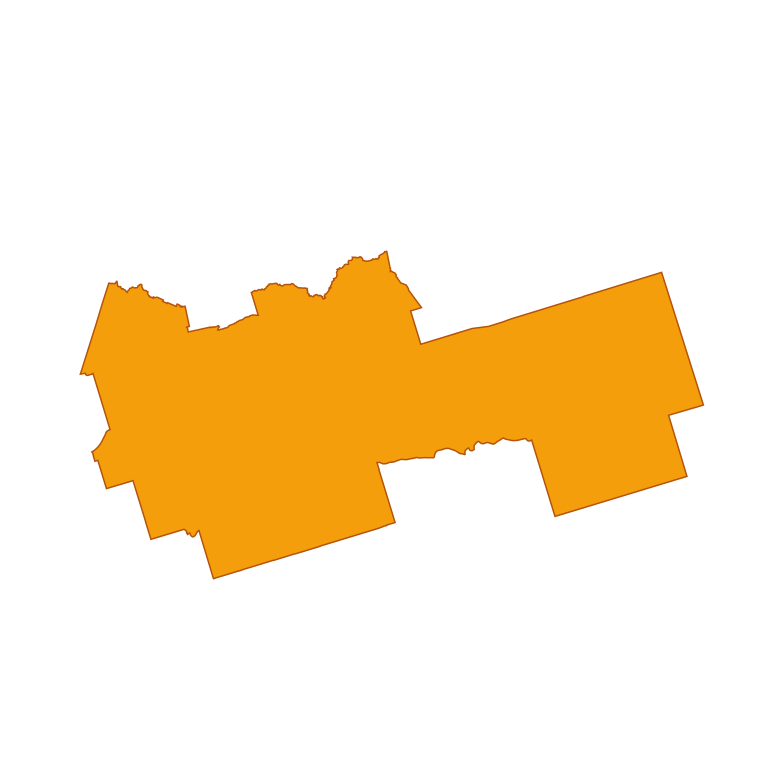 Mid Murray, South Australia, Australia, rotated 73°
{"feature_id": "25037944B98973302778113", "entity_name": "Mid Murray", "entity_type": "district", "adm_level": 2, "iso_a3": "AUS", "parent_name": "Australia", "parent_adm1": "South Australia", "projection": "albers", "projection_center": [139.499, -34.416], "detail": "fine", "context": "isolated", "style": "filled", "palette": "amber", "viewbox_px": 768, "rotation_deg": 73, "n_neighbors": 0, "source": "geoboundaries", "source_scale": "gbopen_adm2", "svg_char_len": 6132}
<svg xmlns="http://www.w3.org/2000/svg" viewBox="0 0 768 768"><g transform="rotate(73 384 384)"><path d="M207.1,617.7L224.6,629.8L242.7,641.9L285.8,671.5L286.4,666.6L288.0,666.4L288.9,665.7L289.1,664.8L289.2,660.8L288.8,659.2L347.6,659.3L347.6,660.7L347.9,662.0L348.9,663.9L350.9,665.3L357.2,671.4L359.0,673.6L360.8,676.2L362.7,680.0L363.6,683.3L364.4,682.9L367.3,682.7L367.5,683.0L373.4,683.0L373.4,680.0L402.9,680.0L402.9,668.4L403.0,665.1L403.0,652.3L444.1,652.2L446.8,652.3L464.4,652.3L464.5,617.8L466.0,616.4L468.4,615.8L468.4,616.1L469.0,616.3L470.0,615.6L470.2,615.8L470.4,615.8L469.7,613.3L471.6,613.2L472.5,613.0L473.9,612.1L474.3,611.6L474.3,610.8L473.9,609.4L473.3,608.4L470.7,605.7L470.0,603.8L520.3,604.0L520.4,602.4L520.2,601.5L520.3,581.7L520.2,581.2L520.3,580.3L520.2,578.3L520.4,577.5L520.4,574.8L520.3,574.5L520.3,573.4L520.2,573.1L520.2,542.1L520.4,540.7L520.3,519.0L520.5,518.7L520.5,492.5L520.3,492.5L520.4,430.3L520.2,429.7L520.2,426.8L519.8,425.8L520.2,423.2L519.9,422.5L519.5,422.3L519.7,421.7L519.7,413.9L465.3,413.9L464.4,413.7L457.3,413.7L457.0,413.6L457.3,412.9L457.7,411.0L460.0,408.4L460.8,405.4L460.6,401.5L461.4,397.6L461.0,390.5L461.3,389.1L462.9,384.7L463.3,380.1L463.7,377.0L463.7,374.6L465.1,371.7L466.4,366.2L467.4,363.6L467.9,361.4L468.8,359.1L468.9,358.4L468.8,357.7L468.4,357.2L465.8,355.8L464.9,355.0L463.9,353.6L463.6,352.9L463.4,351.0L463.8,348.0L463.6,344.7L464.0,342.3L464.8,340.4L465.8,339.2L468.4,335.5L472.5,331.9L473.0,331.1L473.6,329.6L475.1,327.4L475.0,327.0L473.2,326.7L472.2,326.3L471.6,325.9L471.1,325.3L470.5,324.2L469.9,321.8L472.3,321.3L473.3,320.2L473.5,318.8L473.0,316.9L470.4,316.3L468.9,315.5L467.2,312.9L466.4,310.8L466.5,310.5L467.1,309.9L468.7,308.9L469.7,307.8L470.2,306.2L470.0,303.6L470.1,302.5L470.9,300.8L472.8,298.3L473.4,297.1L473.4,295.7L473.1,294.6L472.0,292.0L471.4,289.0L470.7,286.9L470.5,285.6L472.0,284.2L472.5,283.5L475.6,277.8L476.4,275.3L477.0,272.2L477.2,267.3L477.5,264.8L478.2,264.2L480.1,263.3L480.7,262.4L481.1,261.4L480.8,259.2L560.6,259.2L560.9,121.3L497.1,121.0L497.5,84.7L358.4,85.9L358.6,167.5L358.8,167.8L358.9,243.1L359.4,252.9L359.5,267.1L356.7,283.5L356.7,337.2L321.9,337.2L321.9,325.8L302.2,332.8L301.9,333.1L299.8,332.8L295.9,333.8L292.6,337.9L292.5,338.3L292.2,338.4L287.2,340.2L286.7,340.0L285.4,340.8L284.6,341.0L283.3,340.4L281.1,341.1L279.3,343.2L278.2,343.7L278.3,345.1L275.4,344.0L275.2,344.3L257.9,342.6L257.8,342.8L258.3,343.6L257.6,344.7L258.9,346.1L259.4,349.3L260.1,351.4L261.5,351.5L261.6,352.3L262.7,353.2L262.3,354.7L261.7,355.0L262.0,356.3L261.7,357.5L261.1,358.1L261.6,359.2L262.0,359.3L261.7,363.6L260.9,366.4L260.3,366.8L259.5,368.1L257.9,368.0L257.4,368.2L256.2,368.6L256.0,369.0L255.3,369.6L255.6,371.3L255.3,373.3L254.8,373.6L254.5,374.0L254.5,374.6L253.9,375.9L254.0,376.3L253.5,377.2L254.7,377.4L255.5,377.9L256.1,378.7L256.2,379.5L255.6,381.4L256.2,382.1L257.1,382.7L258.5,382.7L259.1,383.0L259.1,383.8L258.6,384.7L258.3,385.9L258.5,387.0L258.8,387.4L259.8,388.2L259.8,388.7L260.1,388.7L261.0,391.0L260.8,391.6L260.0,392.4L260.0,392.7L261.1,393.3L260.9,394.0L260.6,394.3L260.6,394.9L260.9,395.5L261.6,395.2L262.6,395.6L263.1,396.6L264.3,396.9L266.3,397.0L266.6,397.5L267.4,397.8L268.5,399.1L268.5,400.3L268.8,400.5L268.6,401.4L270.3,401.5L270.7,403.1L271.3,404.1L272.4,404.3L273.5,404.9L274.0,405.8L274.8,406.6L275.5,407.0L276.2,406.5L276.7,407.0L276.6,407.4L276.1,407.9L276.1,408.4L276.5,408.6L277.6,408.5L278.0,409.0L278.0,409.3L278.8,409.8L280.8,412.7L280.9,414.1L281.7,414.5L281.8,415.0L282.8,415.6L283.3,415.6L284.0,414.6L284.3,414.6L284.5,414.9L285.0,417.1L284.4,417.6L284.1,417.5L283.3,417.6L282.5,417.5L282.4,417.9L282.2,418.2L281.1,418.4L280.8,418.7L280.9,419.5L280.5,419.6L280.3,419.9L280.3,420.7L280.2,421.4L279.5,421.6L278.8,422.1L278.6,422.8L279.0,423.5L278.8,424.8L279.1,425.2L279.9,425.7L279.5,427.0L279.2,427.4L278.8,427.5L278.2,428.2L278.3,429.5L277.4,429.9L277.0,429.4L276.3,429.3L274.7,430.5L274.0,430.5L273.6,430.0L272.6,429.9L272.0,430.1L270.2,429.5L269.5,431.0L269.2,431.2L268.4,434.1L267.6,435.7L267.4,436.8L266.8,438.1L265.0,439.3L264.7,439.9L262.9,441.1L262.1,441.3L261.0,442.7L261.7,444.6L261.4,444.7L260.1,449.1L260.0,450.6L260.4,451.6L260.5,452.4L259.8,453.9L258.8,454.5L258.2,454.5L258.2,454.8L258.7,455.9L257.6,456.9L256.6,456.9L256.1,458.0L255.7,460.5L255.6,461.9L255.1,463.0L254.9,464.6L255.7,465.0L255.6,466.0L256.6,466.8L256.7,467.8L257.7,468.7L258.1,469.4L258.2,470.3L258.9,470.9L257.5,473.1L257.6,473.5L258.1,473.6L258.1,474.4L257.1,476.0L257.7,479.0L257.6,479.5L257.0,479.9L256.8,480.3L257.4,482.9L257.7,483.1L257.7,484.1L281.5,484.2L279.5,489.8L279.6,490.8L279.6,492.5L280.2,493.6L279.9,494.6L280.0,496.1L279.7,497.0L281.1,500.4L281.0,503.7L281.6,505.8L281.6,506.7L282.1,507.3L282.4,508.2L282.2,508.9L282.7,510.7L282.7,513.3L283.0,515.3L283.9,516.5L284.3,518.2L284.0,519.5L284.2,522.3L283.9,524.5L284.2,526.2L283.6,527.2L282.9,526.3L282.2,526.1L281.2,524.8L280.5,525.0L280.5,525.4L279.8,525.4L279.8,526.1L280.1,526.9L280.1,528.9L279.7,529.7L279.8,530.7L279.4,531.0L279.5,532.5L279.2,532.8L279.2,533.6L278.8,533.6L277.0,556.0L273.3,555.6L272.8,555.8L271.5,556.6L271.8,556.3L272.1,553.3L251.5,551.5L251.2,555.0L250.6,554.5L250.3,556.2L249.3,556.0L247.1,558.4L249.0,560.1L243.0,567.1L243.6,567.7L240.3,571.5L239.2,570.5L234.9,575.3L234.5,576.3L234.6,576.8L234.4,577.9L233.5,578.9L234.4,579.2L234.3,579.8L233.4,580.4L233.1,581.2L232.9,581.3L232.4,581.9L232.4,582.4L231.8,582.8L231.2,582.6L230.6,583.2L230.0,583.2L229.1,583.7L227.8,583.6L227.7,583.1L226.9,582.8L226.5,583.4L226.0,583.8L225.2,584.0L224.5,585.3L224.5,585.8L223.4,586.6L222.6,586.9L222.0,586.8L221.0,587.2L220.3,587.2L219.7,586.9L218.9,586.7L218.3,586.7L217.6,587.3L217.5,588.3L218.0,589.2L218.1,590.3L219.7,591.6L219.2,594.4L217.7,596.3L218.5,598.1L218.2,599.2L219.1,599.9L220.6,602.5L220.5,603.0L220.8,603.0L220.0,603.6L218.5,604.1L217.3,605.5L216.6,605.7L216.4,606.3L216.6,606.9L215.7,607.3L214.3,607.3L213.6,607.9L213.7,608.6L212.8,610.0L207.1,609.3L207.9,609.7L208.4,610.8L209.3,611.9L209.0,613.3L208.3,614.5L208.1,616.2L207.4,616.7L207.1,617.7Z" fill="#f59e0b" stroke="#b45309" stroke-width="1.5"/></g></svg>